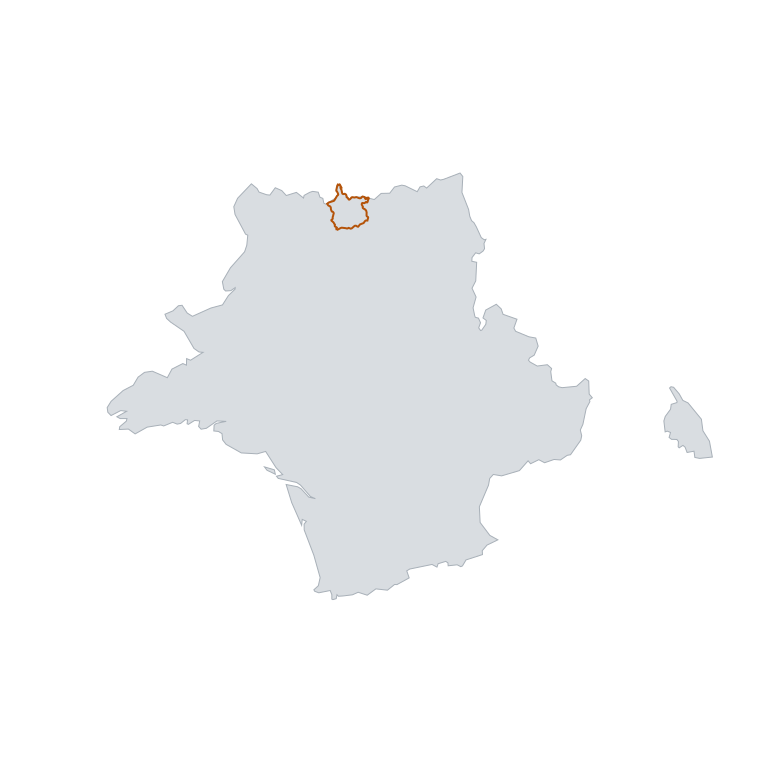 Ardennes highlighted on a map of France, rotated 327°
{"feature_id": "FRA-5268", "entity_name": "Ardennes", "entity_type": "Metropolitan department", "adm_level": 1, "iso_a3": "FRA", "parent_name": "France", "parent_adm1": "", "projection": "albers", "projection_center": [4.734, 49.698], "detail": "fine", "context": "in_parent", "style": "outline", "palette": "amber", "viewbox_px": 768, "rotation_deg": 327, "n_neighbors": 0, "source": "natural_earth", "source_scale": "10m", "svg_char_len": 6302}
<svg xmlns="http://www.w3.org/2000/svg" viewBox="0 0 768 768"><g transform="rotate(327 384 384)"><path d="M548.3,318.2L544.4,320.6L542.0,325.3L539.4,326.5L534.7,326.7L532.3,323.9L526.7,325.9L524.5,328.9L528.0,332.4L517.1,347.5L510.0,351.6L508.6,361.2L500.2,368.6L497.2,376.3L496.9,377.8L499.1,380.2L498.3,385.2L494.0,388.5L494.1,391.7L495.3,392.1L501.9,389.4L504.4,386.4L503.0,382.5L509.6,377.4L521.6,378.3L523.2,384.8L521.8,390.4L530.8,402.1L523.4,407.8L523.1,411.5L531.2,423.3L536.3,428.1L533.9,436.2L525.7,441.6L520.4,441.4L518.1,442.7L518.5,445.2L522.3,452.4L531.5,456.8L533.0,462.3L530.6,464.4L526.6,472.8L528.5,476.8L527.9,478.6L528.9,481.4L531.4,484.1L544.3,490.8L555.7,489.0L557.3,493.0L550.6,504.2L551.2,509.0L547.7,509.2L547.1,510.9L540.1,514.8L528.9,526.1L523.6,529.5L521.6,535.1L518.4,538.3L501.9,544.9L498.8,543.6L490.6,543.8L485.5,539.9L475.8,537.5L472.6,531.8L463.5,530.7L463.0,526.9L450.4,530.4L432.6,525.1L426.4,519.4L421.2,520.8L416.5,525.8L397.1,538.9L389.2,552.5L390.3,568.6L394.6,576.7L382.7,575.2L375.6,577.3L373.7,580.7L357.0,576.2L350.7,579.3L348.9,579.0L346.9,575.5L338.8,571.4L340.2,568.8L339.2,566.4L331.5,564.2L328.7,566.4L326.0,561.5L304.8,553.2L301.3,553.1L299.5,560.3L285.6,559.3L283.7,557.9L274.6,558.8L265.6,551.4L254.9,552.0L248.9,544.6L242.7,543.6L234.1,539.4L230.2,537.2L229.8,535.1L227.0,538.0L223.7,537.0L223.1,536.0L225.5,532.3L226.4,527.9L215.6,523.6L213.0,520.1L213.1,518.4L219.1,517.4L225.0,511.6L231.9,489.4L237.6,462.9L240.7,458.0L244.1,456.9L241.7,453.0L238.0,457.6L242.0,433.2L247.2,415.0L255.6,423.2L257.4,426.7L259.3,437.9L264.0,442.8L261.0,438.2L258.9,423.3L257.1,419.0L243.9,405.6L243.6,402.8L249.7,404.8L247.9,395.4L248.0,376.1L239.6,373.5L226.8,364.1L218.7,348.6L218.2,343.0L221.1,337.4L219.3,333.6L215.7,330.7L219.1,326.0L221.9,325.7L231.3,329.4L223.8,324.0L210.9,324.4L206.0,322.3L205.4,318.7L209.3,314.6L205.3,311.4L198.0,311.3L197.2,310.1L199.7,307.1L198.0,305.7L191.9,306.3L188.7,305.0L185.9,301.0L176.4,299.2L174.5,296.8L161.9,291.2L148.1,290.3L145.1,282.6L137.2,278.0L139.1,275.9L147.7,274.8L149.6,273.0L143.9,269.3L142.1,266.0L153.3,266.7L148.7,262.9L137.9,261.8L137.0,257.3L139.0,253.0L145.7,249.9L161.7,247.4L173.0,248.5L181.5,244.3L189.5,243.8L196.7,247.1L205.7,260.7L214.3,256.0L226.4,257.3L228.6,260.6L232.3,255.2L234.7,258.7L249.5,258.9L246.3,256.4L244.0,250.7L245.0,230.9L238.8,216.0L237.4,210.6L238.3,206.2L246.8,207.7L254.2,206.4L257.5,208.0L257.6,217.3L260.2,222.9L280.2,226.0L291.6,229.7L301.7,225.1L310.9,223.3L311.7,222.1L306.4,222.3L301.8,219.7L301.3,217.2L304.2,210.1L318.5,202.9L339.1,197.2L344.5,192.9L350.8,185.0L349.5,182.9L351.4,160.7L354.6,153.5L362.4,148.5L381.8,143.9L384.0,151.0L383.7,155.0L388.7,161.4L391.2,163.4L399.7,160.2L403.6,166.1L404.7,172.7L414.9,175.6L417.8,184.2L419.7,182.3L426.1,182.8L429.1,183.6L433.3,187.3L432.0,192.5L433.8,195.0L432.0,199.6L433.2,201.6L445.1,201.7L448.6,199.6L450.3,194.9L453.9,192.1L455.2,192.9L453.0,201.7L454.6,204.0L455.5,210.3L460.0,210.8L468.8,215.8L476.3,224.0L485.4,222.6L492.7,227.1L500.1,224.5L507.2,226.9L509.7,229.3L516.6,240.8L521.6,238.3L525.2,239.6L526.5,242.9L540.0,240.5L542.5,243.7L545.4,244.8L562.7,248.5L563.1,252.9L553.7,265.8L550.0,283.7L547.3,290.0L546.4,294.7L547.3,297.7L547.0,302.6L545.3,314.2L546.6,317.6L548.3,318.2ZM626.2,553.1L625.7,560.5L628.7,565.5L631.0,586.4L626.0,596.9L625.8,609.2L619.6,624.1L608.2,618.3L604.7,614.9L607.4,609.2L600.9,606.5L602.1,601.0L601.3,598.3L596.8,598.3L596.5,596.9L599.6,592.6L599.4,590.0L595.0,587.0L594.0,584.1L597.9,580.7L595.9,577.8L593.7,577.3L598.6,567.4L602.2,564.4L610.6,561.2L613.8,557.5L619.5,559.1L620.4,558.1L621.3,542.9L623.2,542.6L625.1,544.5L626.2,553.1ZM245.3,396.3L243.7,400.5L238.9,392.6L238.6,388.4L245.3,396.3Z" fill="#d9dde1" stroke="#a8b0b8" stroke-width="1"/><path d="M453.8,191.7L453.9,192.4L454.3,192.6L455.3,192.3L455.6,192.7L455.5,193.6L455.4,194.6L455.3,195.5L454.9,195.1L454.7,195.2L454.1,196.5L454.1,197.0L454.2,197.4L454.1,197.9L452.9,201.0L452.8,201.8L453.2,202.5L454.7,203.1L455.2,204.1L455.3,204.7L455.2,205.1L455.0,205.6L454.9,206.2L454.7,206.4L454.5,206.8L454.4,207.1L454.5,207.3L454.8,207.8L454.9,208.1L454.9,210.0L455.2,210.4L456.0,210.5L456.7,210.4L458.1,209.9L458.7,209.9L458.8,209.9L459.4,210.2L460.6,211.4L461.2,211.7L462.4,212.1L462.8,212.4L464.2,214.4L464.6,214.9L465.2,215.3L466.0,215.5L467.4,215.1L468.1,215.1L468.8,215.8L469.4,216.5L469.7,217.3L469.5,217.5L469.3,217.6L469.2,218.3L469.3,218.8L469.4,219.0L470.0,219.1L470.4,218.8L470.5,218.5L470.6,218.4L470.8,218.4L471.2,218.6L472.2,219.0L472.4,219.2L472.4,220.0L471.8,220.4L471.2,220.7L469.6,222.2L469.0,222.5L468.6,222.5L468.5,222.2L468.4,222.0L468.3,221.7L468.0,221.6L467.8,221.5L466.4,221.7L466.1,221.6L465.7,221.5L464.8,220.6L464.3,220.4L463.9,220.5L463.4,220.9L463.2,221.2L463.0,221.5L463.0,221.8L463.0,222.0L462.9,222.6L462.9,222.8L462.9,223.7L462.4,224.2L462.2,224.5L462.1,224.8L462.4,225.9L462.5,226.1L462.9,226.4L463.0,226.6L463.1,226.8L463.1,227.0L463.1,227.3L463.4,228.2L463.5,228.6L463.4,229.1L462.8,230.8L462.2,231.6L461.2,233.1L461.0,233.5L461.0,233.9L461.0,234.2L461.2,234.5L461.4,234.9L461.5,235.3L461.4,235.7L461.2,236.0L460.5,236.6L459.1,237.9L457.9,237.0L456.8,237.0L454.5,237.9L450.8,237.1L448.0,238.0L447.4,237.5L446.8,236.1L446.0,235.5L445.2,235.4L441.8,235.9L440.7,235.6L439.4,233.8L439.1,233.7L438.7,233.8L438.1,233.7L437.6,233.4L436.8,232.5L433.7,229.9L432.7,229.6L429.1,229.3L428.8,228.5L428.4,228.3L428.5,227.9L428.7,227.6L429.0,227.4L429.6,227.2L429.5,226.7L428.9,225.6L428.7,225.2L428.7,224.8L428.9,224.4L429.5,223.8L429.7,223.5L429.6,223.0L429.5,222.5L429.5,222.1L429.6,221.7L429.7,221.3L429.6,220.8L429.5,220.4L429.4,220.1L429.2,219.4L429.0,218.7L428.9,218.3L429.1,217.9L429.4,217.7L429.8,217.7L430.4,217.7L430.8,217.5L431.2,217.2L431.6,216.4L432.0,216.0L432.3,215.7L432.6,215.5L432.9,215.3L433.4,214.7L434.6,213.7L434.9,213.3L435.0,212.8L435.0,212.2L434.8,211.6L434.3,211.1L434.2,210.8L434.5,209.0L434.7,208.4L435.2,207.6L435.5,206.9L435.5,206.6L435.6,206.2L435.5,205.6L435.0,204.8L434.7,204.3L434.5,203.8L434.5,202.8L434.5,201.9L436.5,201.7L441.3,203.0L441.5,203.1L442.5,202.9L447.0,200.7L448.3,200.5L448.7,200.3L449.0,199.7L449.2,198.9L449.4,197.3L449.4,197.0L449.3,196.7L449.2,196.4L449.3,195.9L449.5,195.5L452.9,192.1L453.8,191.7Z" fill="none" stroke="#b45309" stroke-width="2"/></g></svg>